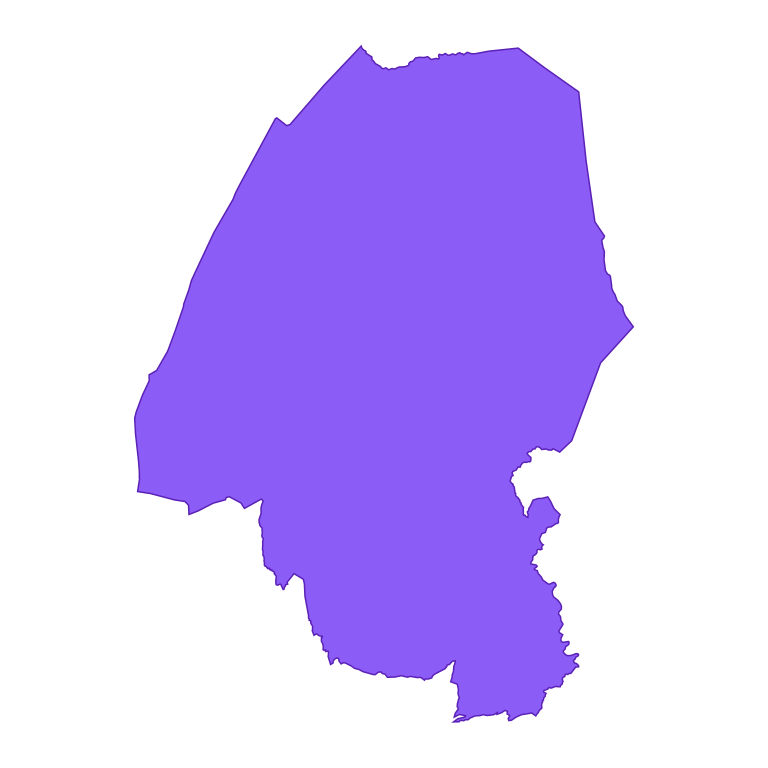 the district of Nannestad nor, Akershus, Norway
{"feature_id": "86288312B57848423677588", "entity_name": "Nannestad nor", "entity_type": "district", "adm_level": 2, "iso_a3": "NOR", "parent_name": "Norway", "parent_adm1": "Akershus", "projection": "orthographic", "projection_center": [11.013, 60.226], "detail": "fine", "context": "isolated", "style": "filled", "palette": "violet", "viewbox_px": 768, "rotation_deg": 0, "n_neighbors": 0, "source": "geoboundaries", "source_scale": "gbopen_adm2", "svg_char_len": 6078}
<svg xmlns="http://www.w3.org/2000/svg" viewBox="0 0 768 768"><path d="M567.8,674.5L568.8,673.5L570.9,673.4L575.7,667.1L578.6,666.8L578.7,666.2L578.1,665.1L576.7,663.7L574.4,662.9L573.4,660.9L573.8,660.0L574.9,659.4L575.9,657.1L578.1,655.9L578.6,654.9L577.9,653.8L576.1,653.6L571.4,655.4L567.7,655.7L565.6,654.7L563.4,652.4L563.3,650.9L565.0,649.3L565.6,646.7L568.5,644.7L569.0,643.5L569.0,642.1L568.5,641.5L562.6,642.4L560.8,640.6L561.0,638.3L562.7,634.7L559.5,632.7L558.8,631.2L562.9,624.6L562.8,623.7L560.9,620.5L560.5,616.6L558.6,614.0L558.6,613.3L559.0,611.8L561.3,609.1L561.5,606.7L560.5,603.8L558.1,600.5L553.4,596.7L552.6,594.7L552.2,591.5L553.7,588.2L555.7,586.4L556.1,585.4L555.9,584.4L555.1,583.1L553.6,582.3L549.5,584.2L548.2,584.0L542.9,580.1L541.1,576.7L538.2,573.5L537.3,570.7L534.5,569.6L534.4,568.6L536.8,566.8L537.1,566.5L536.9,565.8L536.0,565.0L530.9,563.9L530.7,563.3L530.9,562.4L532.7,559.8L532.7,557.5L533.0,557.1L533.1,555.8L535.2,554.8L536.1,553.8L537.0,552.4L536.9,550.8L537.3,549.9L538.6,549.2L540.4,549.8L542.1,549.0L541.6,547.7L542.0,546.0L543.3,544.8L542.1,544.1L540.2,541.5L539.5,538.8L541.8,533.7L545.4,532.4L546.7,528.1L548.3,527.1L551.1,526.9L556.1,523.5L557.7,523.4L558.5,522.2L558.3,520.2L558.7,517.8L560.1,514.6L554.1,508.7L550.6,501.4L547.8,496.9L541.8,498.4L538.5,498.4L533.1,500.1L530.5,505.9L528.8,508.5L528.5,510.8L527.3,511.8L527.8,513.9L528.5,514.8L527.5,516.8L527.7,517.3L526.3,516.9L524.7,515.0L523.6,515.1L523.3,514.0L523.4,510.7L523.2,509.3L523.5,507.2L522.9,506.9L521.3,504.4L521.0,503.0L519.8,501.7L520.0,500.7L518.2,497.9L515.9,496.0L515.5,494.5L515.7,493.4L514.7,492.1L514.8,490.5L514.3,488.8L514.5,488.3L514.2,487.0L512.7,485.0L513.1,484.5L512.8,484.0L511.6,483.2L510.2,481.3L510.2,480.7L511.7,476.1L513.1,475.6L512.1,473.3L512.4,473.2L512.3,472.7L512.7,471.5L516.1,470.1L518.1,466.9L520.1,467.2L520.9,465.2L522.4,463.1L524.8,462.0L526.0,462.5L528.6,461.6L529.9,461.9L530.5,461.3L530.9,460.1L530.9,457.5L528.1,455.0L527.1,453.1L528.9,451.7L530.8,451.6L532.9,449.1L535.0,448.9L536.3,447.0L537.7,446.6L539.8,447.5L541.8,449.5L546.4,449.0L548.2,450.0L551.7,450.1L553.0,448.7L559.7,452.1L571.7,440.7L600.6,362.8L633.3,326.8L625.1,315.5L623.2,310.5L622.8,307.1L621.6,305.3L617.2,301.0L615.0,294.6L613.2,291.8L611.7,288.1L611.6,285.4L610.4,276.5L609.8,275.3L607.5,274.0L605.5,270.7L604.0,259.7L604.4,251.8L603.0,247.4L601.7,240.4L603.8,238.0L604.5,236.1L594.9,221.9L586.1,160.9L578.7,91.9L544.5,67.7L518.2,48.1L488.6,51.2L474.6,53.8L471.3,53.7L467.3,52.3L463.7,54.8L462.7,53.8L461.0,53.7L459.9,52.7L457.9,53.3L455.7,54.9L452.5,53.9L449.2,55.3L447.6,55.0L445.4,53.5L442.1,55.1L439.5,54.3L438.9,54.6L438.6,56.0L439.3,58.0L438.5,59.1L436.3,58.4L431.2,59.5L427.7,56.7L424.1,57.5L419.0,57.3L415.5,58.0L412.9,61.2L410.2,61.9L408.9,63.4L408.9,64.8L408.1,65.6L404.8,66.8L399.0,67.0L394.5,69.1L392.0,68.5L388.7,69.8L386.0,67.8L383.3,68.7L381.8,68.3L380.4,66.4L375.3,63.6L373.7,61.2L371.9,59.6L371.9,57.0L365.9,53.2L366.1,51.9L365.4,50.8L363.7,50.1L361.9,48.2L361.2,46.1L324.0,85.3L290.0,124.6L286.6,125.6L276.8,117.9L275.4,118.7L239.0,186.1L235.4,193.2L233.0,199.4L213.9,232.5L194.6,273.6L191.4,280.6L188.8,289.9L183.8,303.9L183.3,307.2L175.1,331.2L167.7,351.1L156.6,370.5L149.1,374.8L149.2,380.9L142.6,394.8L136.3,411.7L134.7,418.0L135.5,433.6L138.5,460.6L139.3,471.1L139.4,476.2L139.2,477.3L139.6,478.6L137.6,491.6L150.3,493.5L174.5,499.9L184.9,501.5L188.5,505.1L189.0,514.5L198.2,510.9L213.1,503.2L225.4,499.8L226.3,497.5L229.2,496.7L241.0,503.0L244.4,508.4L260.9,499.3L261.8,499.3L263.1,501.3L261.7,504.8L261.0,508.1L261.1,513.4L259.0,519.7L259.2,523.1L259.8,524.0L259.7,525.2L262.2,528.4L262.0,530.8L262.4,532.1L261.8,535.8L262.4,537.6L263.3,538.3L262.6,542.5L262.8,543.5L262.5,549.6L263.1,551.9L262.9,555.1L264.0,556.9L264.2,559.4L264.0,560.9L264.4,562.3L264.4,565.1L264.7,565.9L266.4,566.6L266.7,567.5L267.5,567.8L267.7,568.6L269.5,568.3L270.0,569.1L269.7,569.4L270.5,570.1L271.9,570.1L271.9,570.7L274.5,572.2L274.6,572.9L274.2,573.6L276.2,576.1L276.1,579.0L275.8,579.7L275.9,583.8L276.4,584.9L278.1,585.1L278.7,584.5L280.7,584.2L283.1,589.5L283.9,589.4L284.4,587.4L285.4,586.0L285.6,584.7L287.7,584.1L287.1,582.3L294.0,573.6L303.4,579.3L304.4,583.9L305.0,596.5L308.6,615.9L308.5,618.0L309.2,619.0L309.2,620.4L310.7,620.6L310.9,623.6L312.6,626.2L312.5,629.9L312.2,630.5L312.7,632.0L314.0,635.3L316.4,633.8L319.3,635.8L322.3,636.3L322.3,637.1L321.4,637.6L321.4,641.4L322.7,643.7L323.3,646.8L323.1,649.4L323.4,650.1L325.5,650.0L325.3,651.0L325.7,651.6L328.1,651.1L328.5,652.3L328.2,656.7L330.6,664.5L333.1,662.9L333.1,661.5L334.4,659.2L336.8,658.0L338.4,658.4L339.2,661.4L341.1,663.9L343.5,662.7L345.3,663.0L351.0,665.8L354.7,668.4L358.8,669.4L363.0,671.7L373.5,674.6L375.2,674.6L378.5,672.1L381.1,672.0L382.2,673.5L385.0,674.1L387.4,677.3L395.2,677.0L401.5,675.7L407.3,677.2L410.4,676.4L417.5,677.6L420.6,677.3L424.5,680.2L425.4,679.0L428.5,679.0L431.7,677.9L432.7,675.8L434.9,674.0L444.9,668.8L446.7,666.7L447.2,665.1L449.5,664.4L452.4,661.2L455.3,660.8L454.7,664.0L453.8,666.4L453.4,671.7L452.5,674.1L452.1,675.6L452.2,676.9L450.7,681.8L457.2,684.1L458.2,688.2L458.4,690.2L458.0,693.1L458.3,695.0L459.4,697.6L458.8,698.5L457.4,703.7L457.2,706.7L458.2,708.0L458.1,709.3L455.3,713.2L454.2,717.1L459.3,714.5L465.5,715.7L465.1,717.0L457.9,718.7L453.5,721.9L459.1,721.8L460.3,720.4L463.8,720.7L465.1,719.8L468.2,719.7L470.0,718.1L475.0,715.9L479.9,715.6L483.3,714.7L487.1,715.5L492.3,714.9L494.2,714.5L497.2,712.6L497.0,714.3L501.4,712.8L505.0,710.4L507.3,711.3L507.1,714.0L509.6,715.4L509.3,716.7L508.2,718.5L508.8,720.6L511.4,720.3L516.3,717.0L521.4,714.7L531.8,713.0L535.8,715.9L537.2,713.6L538.1,712.9L539.3,710.4L541.8,708.2L541.6,704.6L541.9,703.3L542.5,702.4L542.4,701.3L543.5,700.2L543.3,699.6L544.1,697.3L545.1,696.5L545.3,695.0L546.1,693.3L544.1,692.5L543.7,691.8L543.7,690.8L548.0,688.9L548.8,687.5L551.2,688.1L555.3,686.5L560.2,686.8L560.7,685.4L562.3,683.9L562.2,682.9L563.1,681.4L562.5,680.3L562.4,678.3L563.3,677.1L564.8,676.5L565.2,674.5L566.7,674.1L567.8,674.5Z" fill="#8b5cf6" stroke="#5b21b6" stroke-width="1.5"/></svg>